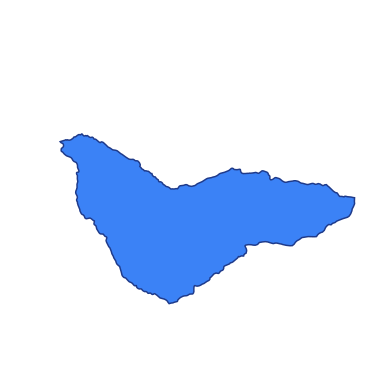 Sandoná, Nariño, Colombia (Natural Earth projection), rotated 314°
{"feature_id": "7082276B52993229250097", "entity_name": "Sandoná", "entity_type": "district", "adm_level": 2, "iso_a3": "COL", "parent_name": "Colombia", "parent_adm1": "Nariño", "projection": "natural_earth1", "projection_center": [-77.461, 1.298], "detail": "fine", "context": "isolated", "style": "filled", "palette": "blue", "viewbox_px": 384, "rotation_deg": 314, "n_neighbors": 0, "source": "geoboundaries", "source_scale": "gbopen_adm2", "svg_char_len": 5997}
<svg xmlns="http://www.w3.org/2000/svg" viewBox="0 0 384 384"><g transform="rotate(314 192 192)"><path d="M95.8,253.1L97.7,254.2L99.0,255.3L100.3,255.8L102.9,257.4L103.4,257.4L104.5,256.8L106.5,256.8L108.2,257.0L110.7,257.9L111.9,258.6L113.5,260.0L114.5,260.6L116.5,261.1L117.1,261.4L118.7,262.9L119.2,263.3L120.4,263.2L121.7,262.5L123.5,260.7L124.9,259.5L125.8,259.0L126.3,258.9L126.7,259.1L127.4,260.5L128.3,261.5L129.7,262.4L131.2,263.0L133.0,263.4L134.3,264.1L138.2,264.9L140.1,265.6L140.8,265.6L141.7,265.4L142.4,264.8L142.7,264.6L144.5,264.8L148.4,264.7L150.4,265.6L151.7,267.5L152.1,267.7L152.9,267.8L154.5,267.5L155.2,267.6L156.9,268.3L157.9,268.4L159.3,267.7L159.6,267.3L160.3,266.9L160.8,266.7L161.7,266.9L165.9,268.7L166.4,268.9L167.5,268.8L167.9,268.9L168.9,269.6L170.2,270.0L176.2,270.6L177.8,270.3L178.3,271.1L180.3,271.9L181.8,273.6L182.9,273.0L184.0,272.9L185.5,273.4L187.1,272.5L187.7,272.1L188.7,270.8L189.9,267.7L190.2,267.5L190.8,267.5L191.5,267.8L193.3,269.1L195.2,271.2L196.3,272.9L197.7,274.5L199.6,275.5L200.4,275.6L202.0,275.5L202.6,275.6L205.2,277.5L207.3,279.3L208.7,281.2L209.9,283.7L211.2,286.1L211.6,286.5L213.0,287.3L214.2,288.5L215.8,291.2L216.7,292.5L217.1,293.5L219.1,296.8L221.4,299.8L223.1,301.4L225.4,301.7L227.7,301.3L229.8,301.4L232.6,302.3L235.5,302.7L240.6,306.5L244.9,311.2L246.4,312.5L248.6,312.1L250.3,312.2L252.4,312.9L253.8,313.7L256.3,313.8L259.4,312.7L261.7,312.6L263.6,312.9L265.0,314.8L267.1,314.9L269.4,316.1L271.4,316.3L273.4,317.1L277.7,319.1L281.9,321.4L283.9,321.8L286.6,321.3L289.5,320.1L291.1,319.0L293.8,318.2L296.5,317.1L298.1,315.3L300.8,312.9L300.0,311.8L298.9,310.0L296.6,307.1L295.6,305.4L295.1,304.9L294.4,304.9L294.0,304.6L293.1,303.1L291.4,301.2L291.5,299.9L292.0,297.9L292.1,297.0L292.0,296.7L291.5,296.1L291.2,295.5L290.8,293.3L290.8,287.1L290.6,285.2L290.7,283.6L289.4,282.5L288.3,282.2L287.5,281.7L287.0,280.2L286.7,278.5L286.4,278.1L285.7,276.9L284.5,276.4L283.4,275.6L283.0,275.1L282.7,274.0L282.2,273.0L281.1,272.1L278.0,270.3L277.2,269.4L275.2,265.7L274.3,264.5L273.8,263.0L273.6,261.6L273.3,260.7L272.0,258.6L271.0,257.6L270.0,257.0L266.6,254.3L264.8,253.3L264.0,252.6L263.4,251.8L262.7,249.5L262.5,246.5L262.2,245.3L260.7,242.4L260.4,242.1L259.7,241.7L257.7,241.4L257.0,241.2L255.9,240.6L255.5,240.3L255.4,239.7L255.7,238.7L255.9,238.3L256.9,237.7L257.5,236.8L257.6,236.2L257.5,235.6L257.6,234.9L258.2,233.9L258.4,233.2L258.3,232.1L256.8,228.8L256.2,228.0L255.6,227.6L252.5,227.2L251.6,226.8L251.3,226.4L250.8,225.1L250.3,224.2L248.3,222.8L246.1,221.0L245.8,220.5L244.8,219.8L243.7,218.7L242.4,217.6L240.9,216.1L240.3,215.1L240.2,214.0L240.4,213.3L240.7,212.6L241.7,211.2L241.6,210.6L239.3,208.9L237.8,207.1L237.5,206.6L237.5,205.4L237.1,204.5L236.3,203.9L233.7,203.7L232.6,203.4L228.8,201.7L225.0,199.4L223.5,199.0L221.6,198.8L219.3,198.0L217.1,196.6L215.7,195.9L212.8,193.8L211.6,193.3L206.5,192.1L201.6,190.1L199.4,189.8L198.7,189.6L195.9,187.9L195.2,187.0L194.2,185.4L193.8,183.6L193.2,182.6L192.5,182.1L190.9,181.3L188.2,179.1L187.1,178.9L184.3,179.4L183.3,178.1L182.3,177.5L181.3,176.6L180.7,175.8L179.7,174.9L179.4,174.4L179.4,172.8L179.0,171.3L178.0,169.5L177.9,168.8L177.9,167.4L177.5,166.2L177.7,165.1L177.9,164.4L177.9,163.7L177.6,162.4L176.6,161.4L176.5,161.1L176.6,160.6L177.3,159.2L176.9,156.9L177.2,156.1L177.3,155.1L176.5,153.9L176.4,153.2L176.6,151.6L177.1,151.0L177.4,150.3L176.9,149.8L176.8,149.2L176.7,147.1L176.6,146.3L175.8,145.2L175.3,144.2L174.2,143.0L174.3,141.7L173.8,139.8L174.1,138.2L174.1,136.7L175.4,136.1L175.8,135.6L176.5,133.9L176.7,131.9L176.4,131.0L175.3,129.7L175.0,129.0L174.9,127.7L174.6,127.0L172.7,125.1L171.8,123.6L171.1,120.0L170.5,115.5L170.1,114.2L169.7,109.7L169.1,108.3L167.4,105.9L167.1,105.1L166.8,102.8L166.0,100.2L166.1,97.8L166.0,93.8L165.6,92.7L165.0,91.9L163.8,91.7L163.5,91.2L163.4,90.9L163.1,86.4L162.9,85.8L162.1,84.9L162.4,83.3L162.3,82.5L162.0,82.0L161.1,81.5L160.6,81.0L160.1,79.5L160.0,78.0L159.9,77.7L159.8,77.4L159.0,77.1L158.7,76.3L158.5,76.2L158.1,76.1L157.4,75.4L157.2,75.1L157.2,74.1L157.3,72.5L156.8,72.2L155.8,72.2L154.8,70.8L154.2,70.5L153.1,70.2L150.9,69.9L149.5,68.9L147.4,69.1L146.7,68.8L145.4,68.6L143.8,67.6L143.1,66.2L142.5,66.1L142.3,65.9L142.2,65.3L142.0,65.0L140.8,64.5L137.1,62.4L136.6,62.2L136.5,63.5L137.1,65.4L137.0,66.1L136.6,66.9L135.8,67.7L135.1,68.0L133.9,68.0L132.6,67.8L131.5,68.5L130.8,69.2L130.6,69.7L130.5,70.0L130.9,71.0L130.6,73.8L130.8,76.1L131.0,76.9L132.3,79.8L132.7,81.2L132.6,82.4L132.0,84.4L132.0,85.2L132.0,85.9L132.8,88.2L132.5,89.4L131.9,90.8L130.1,92.7L128.9,95.5L128.3,96.3L127.7,96.5L127.3,96.4L126.3,95.7L125.7,95.6L125.1,96.1L124.7,96.7L124.3,98.1L121.9,100.3L121.4,100.9L120.7,101.9L120.0,102.7L117.7,103.9L115.3,106.3L112.9,107.5L112.0,107.8L110.6,108.9L110.0,110.1L109.4,112.0L108.6,113.2L107.8,113.8L106.5,114.2L105.7,115.0L105.5,115.4L105.3,116.5L104.6,117.1L103.3,119.3L101.6,123.2L100.5,124.7L100.3,125.3L99.6,127.2L99.5,127.8L99.6,128.8L100.0,129.7L99.9,130.8L99.7,131.5L99.0,132.9L99.0,133.8L99.4,134.6L102.4,136.7L102.8,138.1L103.0,141.0L103.4,141.7L103.3,142.0L101.1,143.5L100.7,144.2L100.7,144.7L100.9,145.7L100.9,146.3L100.4,147.4L99.3,149.0L98.2,153.2L98.1,154.0L98.2,155.1L100.0,157.4L99.7,160.3L100.2,161.4L100.2,162.1L99.8,162.6L97.4,163.9L97.0,164.5L96.5,165.5L94.9,170.0L94.7,172.0L94.4,172.6L93.3,175.0L91.9,177.4L91.1,180.0L90.3,181.6L89.4,185.1L88.6,186.5L88.1,187.7L88.0,188.3L88.0,190.3L88.2,191.6L85.3,196.7L83.7,199.2L83.3,200.3L83.2,201.4L83.2,202.2L83.5,203.0L84.0,203.8L84.1,204.2L83.9,206.7L83.8,208.8L84.0,209.7L84.6,211.1L84.8,212.1L84.8,212.9L84.6,214.9L84.6,215.3L84.9,216.1L85.2,216.4L85.8,216.6L86.0,217.0L85.2,218.2L85.0,218.9L85.1,220.2L85.6,221.4L86.7,222.4L87.1,223.2L86.9,224.7L87.0,225.8L87.6,227.4L88.2,227.7L88.6,228.4L88.7,229.3L88.6,230.6L88.7,230.9L90.1,232.0L90.5,232.5L90.6,234.2L90.9,234.8L91.7,235.3L92.6,235.4L93.0,236.0L93.4,238.3L93.6,242.6L95.8,246.6L96.3,248.4L96.4,250.2L96.0,251.3L95.8,253.1Z" fill="#3b82f6" stroke="#1e3a8a" stroke-width="1.5"/></g></svg>